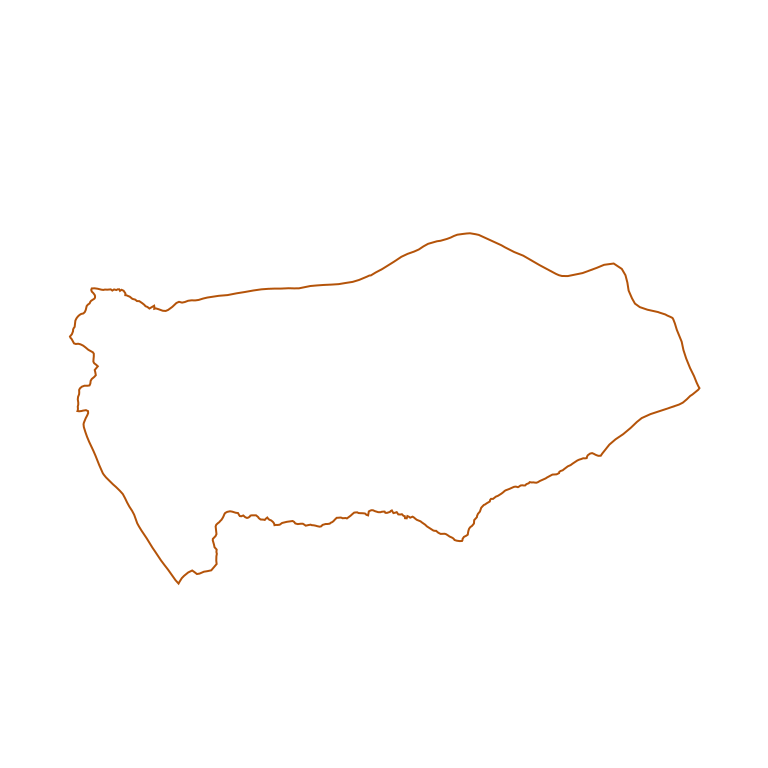 Kampong Trabaek, Prey Vêng, Cambodia (Natural Earth projection), rotated 74°
{"feature_id": "14789045B10100754303768", "entity_name": "Kampong Trabaek", "entity_type": "district", "adm_level": 2, "iso_a3": "KHM", "parent_name": "Cambodia", "parent_adm1": "Prey Vêng", "projection": "natural_earth1", "projection_center": [105.549, 11.105], "detail": "fine", "context": "isolated", "style": "outline", "palette": "amber", "viewbox_px": 768, "rotation_deg": 74, "n_neighbors": 0, "source": "geoboundaries", "source_scale": "gbopen_adm2", "svg_char_len": 6145}
<svg xmlns="http://www.w3.org/2000/svg" viewBox="0 0 768 768"><g transform="rotate(74 384 384)"><path d="M266.8,251.8L265.3,254.6L262.8,259.8L262.1,263.1L261.5,266.8L260.7,272.4L261.0,276.1L261.6,279.5L261.9,283.5L261.9,290.2L261.4,293.7L261.4,303.0L262.6,308.2L264.3,313.5L265.0,318.6L265.4,325.4L266.5,332.2L269.2,340.7L273.0,354.0L274.5,361.2L276.0,366.7L275.7,368.2L276.1,370.7L277.1,379.2L277.2,386.0L276.3,393.1L275.5,400.1L273.9,407.4L272.2,414.5L270.6,422.1L269.5,427.9L268.6,439.3L267.3,444.1L265.7,449.1L263.9,456.7L262.3,462.2L260.6,469.1L259.2,475.8L258.1,483.8L257.2,492.5L256.2,500.7L255.4,509.9L253.7,518.4L252.2,530.0L252.0,534.3L252.1,539.0L251.6,542.5L250.5,546.0L250.0,549.4L250.3,552.9L250.1,555.7L248.5,558.4L248.9,561.2L251.5,566.2L253.3,571.1L253.6,573.7L252.6,576.5L250.1,579.9L248.4,582.5L248.4,584.1L246.6,583.5L245.4,583.4L246.8,588.7L244.7,590.2L243.5,591.8L241.8,592.6L239.8,594.0L236.9,596.4L236.2,598.6L234.3,599.9L232.8,602.4L230.0,604.3L228.6,606.1L227.8,607.0L227.3,608.2L225.6,607.6L222.6,608.6L221.1,610.3L221.7,612.1L220.0,612.4L219.6,613.9L219.9,615.4L218.7,617.4L219.3,619.4L217.7,620.6L217.1,623.9L216.3,626.2L216.2,627.9L215.4,629.7L213.5,633.0L212.2,635.9L211.6,638.6L212.9,639.5L214.7,639.4L216.4,638.4L218.5,637.6L219.8,637.5L221.3,638.0L222.1,638.8L223.3,642.6L224.0,643.6L225.4,644.8L226.1,646.8L227.1,648.3L230.6,650.3L232.3,651.7L233.3,653.5L233.2,655.8L233.6,657.3L234.2,658.7L234.9,659.9L236.1,661.5L238.0,663.2L243.8,665.6L244.9,667.0L245.9,667.8L247.6,668.4L250.1,670.3L251.8,672.8L253.2,672.6L254.6,671.9L256.7,671.4L259.5,670.8L260.6,669.2L261.0,666.9L262.2,664.8L264.2,662.6L266.6,660.8L269.6,658.8L273.3,655.1L274.9,654.6L277.6,655.4L280.1,656.4L282.4,657.2L284.1,656.9L286.3,655.3L288.1,654.2L289.3,656.0L290.8,658.2L293.4,658.3L296.1,658.6L297.3,660.5L298.6,663.5L300.1,665.1L302.7,666.2L304.2,667.5L304.0,669.2L303.1,672.3L303.3,675.2L304.4,677.5L305.7,678.7L307.8,679.2L309.8,679.9L312.0,681.6L314.4,682.6L317.5,683.0L319.6,683.6L321.3,684.6L323.0,684.9L324.7,685.5L325.5,686.1L326.2,684.6L326.6,682.2L326.6,680.9L327.0,677.7L328.5,676.0L330.4,676.4L332.2,677.8L334.7,680.2L338.4,683.1L339.8,683.9L342.6,684.4L347.8,684.3L352.9,684.0L358.1,683.4L368.0,681.8L373.3,681.1L383.4,680.1L392.2,678.9L393.8,678.4L397.1,677.0L405.7,672.2L409.3,669.9L413.7,667.4L417.8,665.4L422.4,664.4L427.1,663.6L431.6,662.6L436.5,661.1L440.8,660.2L449.9,659.6L453.4,658.8L458.1,657.5L467.1,654.6L477.5,651.7L481.7,650.3L492.1,647.0L497.6,644.9L503.1,642.7L515.1,638.5L519.2,636.5L517.5,634.8L514.9,631.9L513.3,629.1L511.2,624.2L510.4,619.8L512.5,618.1L515.1,616.2L515.4,613.6L514.8,608.8L515.2,605.6L515.5,601.4L510.9,594.5L507.5,593.9L503.4,592.6L501.2,591.5L499.3,591.4L497.0,590.5L494.2,591.9L491.6,591.7L487.1,591.7L485.7,591.2L483.8,587.9L482.1,586.4L474.5,585.1L473.0,584.0L471.9,581.8L471.5,580.6L470.5,579.1L469.7,577.6L467.9,575.6L466.3,574.2L465.2,573.4L464.2,572.2L463.7,570.0L463.9,567.1L464.8,565.2L466.9,562.0L467.8,559.9L469.7,559.5L471.2,559.0L471.8,557.6L471.6,555.5L473.8,554.1L475.0,552.6L475.0,551.1L474.4,549.5L473.7,548.7L473.8,547.3L475.0,543.2L477.3,541.6L478.3,541.4L480.2,540.0L481.1,537.4L481.8,536.1L481.0,534.9L480.2,533.0L481.5,532.5L482.9,531.6L484.0,530.1L485.9,528.8L487.8,528.1L489.5,528.2L489.7,526.6L490.2,525.1L490.5,523.0L489.5,520.3L489.7,515.4L490.5,509.6L491.8,508.4L493.6,507.7L494.9,505.5L495.4,502.4L495.9,500.6L497.2,499.4L498.6,498.3L498.8,495.1L499.0,493.3L499.7,492.5L500.5,490.4L501.4,488.7L502.3,487.3L503.4,485.2L503.5,483.6L502.5,481.9L502.5,480.9L502.5,478.7L503.0,476.8L503.3,474.7L502.7,473.4L502.5,471.9L501.9,470.4L500.8,468.6L499.6,466.4L500.1,464.1L500.4,462.6L500.9,461.6L501.6,460.9L502.3,457.7L503.0,456.7L501.4,452.4L500.3,450.2L499.4,448.1L499.7,446.4L500.0,445.1L501.0,444.1L501.7,442.2L502.2,440.6L502.9,438.7L503.5,437.7L504.9,437.0L505.9,435.5L502.3,433.7L501.9,431.9L501.9,430.6L502.4,429.3L503.7,427.8L505.6,424.9L506.3,422.6L506.2,421.4L506.5,419.8L506.8,418.6L508.2,418.2L508.7,416.7L508.6,413.5L507.9,412.5L507.7,411.3L509.1,411.0L510.7,410.5L510.8,408.7L510.7,407.1L513.3,406.2L514.0,404.1L514.1,402.7L516.1,401.6L516.8,400.5L518.8,400.8L519.4,399.2L517.4,397.9L518.5,396.6L519.7,395.7L519.4,393.1L520.6,392.0L522.3,390.9L523.6,389.9L526.1,386.7L527.3,385.9L530.6,383.2L532.7,382.0L538.5,376.9L539.2,375.5L539.5,374.4L541.8,372.9L542.5,372.2L543.7,370.9L544.7,366.9L545.6,365.6L547.2,364.2L548.7,363.0L550.1,361.3L551.1,360.3L552.2,359.6L553.4,359.2L554.7,357.2L555.9,354.5L556.4,352.3L555.7,351.6L554.5,351.1L553.0,349.3L552.5,346.7L551.9,345.0L550.3,344.3L548.5,343.4L546.7,342.2L545.6,340.9L545.1,339.9L544.8,338.8L543.7,337.1L542.9,336.0L539.7,334.8L537.6,331.4L536.4,330.9L535.6,330.2L534.7,329.5L533.1,327.0L529.7,324.6L527.8,321.4L527.7,320.2L527.0,318.2L526.1,314.7L524.8,314.0L523.9,312.8L524.5,310.9L523.1,307.5L522.9,305.3L521.7,301.2L520.9,299.2L520.0,297.4L519.7,296.1L519.6,294.4L519.4,292.2L518.9,288.9L518.7,287.2L519.0,285.5L520.1,283.7L519.9,282.7L519.2,280.7L519.5,278.9L520.1,277.6L520.4,276.2L519.5,274.7L519.3,272.2L518.5,271.0L519.4,269.1L519.7,267.6L520.4,266.1L520.9,264.7L520.8,263.1L520.2,261.0L519.3,254.6L518.8,253.1L517.5,247.1L518.4,243.0L517.9,240.3L516.9,239.8L516.3,238.3L516.2,236.0L515.5,234.4L513.8,230.0L513.4,227.0L512.5,224.6L510.8,219.2L510.5,217.0L510.5,215.5L510.3,213.0L510.9,211.2L511.1,209.6L509.6,208.7L508.7,207.8L507.7,205.1L507.8,203.0L509.0,201.5L510.3,200.2L511.1,199.2L512.1,197.8L512.7,195.4L511.1,193.5L504.4,184.1L501.0,176.7L498.1,167.8L494.1,158.8L490.2,151.4L487.8,145.7L486.4,136.2L485.8,120.3L485.1,106.1L484.3,101.9L482.1,97.0L479.9,93.0L479.1,90.4L476.1,83.4L474.9,81.9L473.1,82.4L468.8,83.1L461.9,83.8L453.0,85.4L442.7,86.5L433.8,86.8L425.4,86.2L412.6,87.6L406.0,87.7L401.5,88.1L400.0,88.5L398.5,90.1L396.3,92.8L394.7,94.4L391.3,99.5L390.4,100.7L385.2,110.3L380.6,116.9L375.9,120.6L370.0,122.0L361.6,123.1L353.6,122.1L346.0,121.9L338.9,123.7L331.5,130.0L330.1,139.6L331.0,147.5L332.1,162.5L330.9,177.7L329.2,183.2L327.6,185.9L325.5,188.4L312.6,201.7L299.0,214.8L293.0,222.5L285.9,230.1L283.0,232.9L266.8,251.8Z" fill="none" stroke="#b45309" stroke-width="2"/></g></svg>